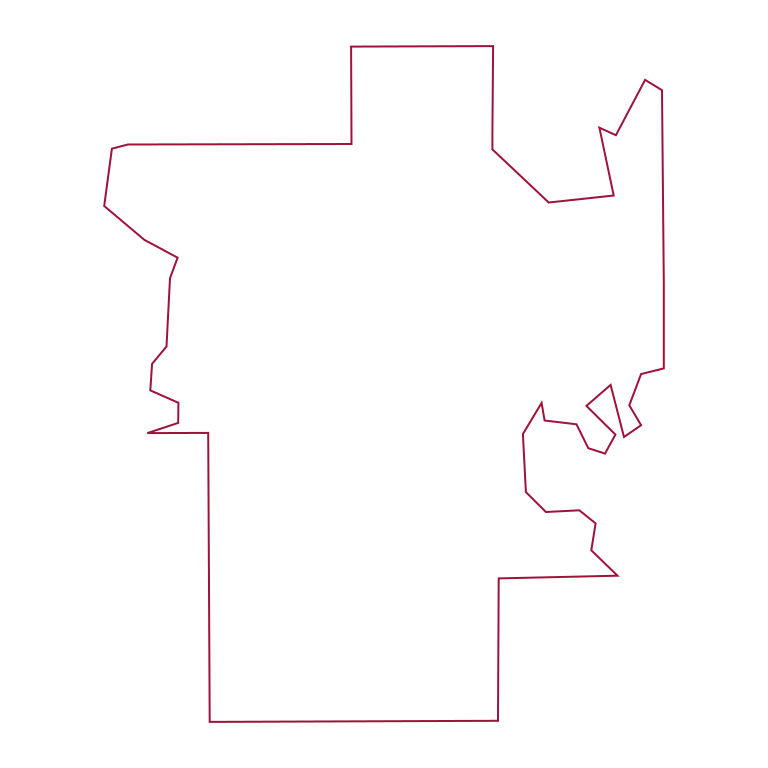 the district of Humphreys, Mississippi, United States of America
{"feature_id": "52423323B56025650408789", "entity_name": "Humphreys", "entity_type": "district", "adm_level": 2, "iso_a3": "USA", "parent_name": "United States of America", "parent_adm1": "Mississippi", "projection": "orthographic", "projection_center": [-90.489, 33.126], "detail": "fine", "context": "isolated", "style": "outline", "palette": "rose", "viewbox_px": 768, "rotation_deg": 0, "n_neighbors": 0, "source": "geoboundaries", "source_scale": "gbopen_adm2", "svg_char_len": 711}
<svg xmlns="http://www.w3.org/2000/svg" viewBox="0 0 768 768"><path d="M127.8,144.5L111.9,148.7L104.2,206.0L144.4,239.9L177.6,257.7L170.0,278.2L166.5,346.5L152.1,363.8L150.3,390.4L178.4,402.8L178.2,422.9L147.3,433.1L208.2,432.9L209.7,721.9L498.0,720.8L498.7,578.4L617.5,575.7L591.3,550.3L595.6,523.4L579.3,510.3L545.9,512.0L525.9,492.1L522.9,434.0L541.6,402.9L544.6,420.5L576.5,424.3L588.3,448.2L605.0,453.6L615.4,434.6L586.4,405.9L610.6,384.9L624.0,437.0L641.1,425.2L629.3,405.3L641.1,374.0L663.8,368.4L663.8,283.1L662.0,90.2L645.1,79.9L615.9,135.2L599.4,127.7L613.7,195.5L548.7,202.5L492.4,149.4L492.4,134.5L493.1,46.1L351.1,46.6L351.5,144.0L127.8,144.5Z" fill="none" stroke="#9f1239" stroke-width="2"/></svg>